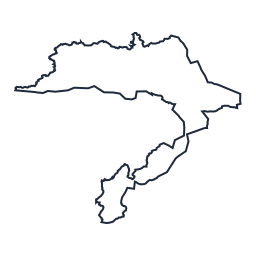 outline of Ulaanxus, Bayan-Ölgiy, Mongolia
{"feature_id": "93677404B94457736933818", "entity_name": "Ulaanxus", "entity_type": "district", "adm_level": 2, "iso_a3": "MNG", "parent_name": "Mongolia", "parent_adm1": "Bayan-Ölgiy", "projection": "natural_earth1", "projection_center": [88.684, 48.89], "detail": "fine", "context": "isolated", "style": "outline", "palette": "slate", "viewbox_px": 256, "rotation_deg": 0, "n_neighbors": 0, "source": "geoboundaries", "source_scale": "gbopen_adm2", "svg_char_len": 5723}
<svg xmlns="http://www.w3.org/2000/svg" viewBox="0 0 256 256"><path d="M197.5,61.2L190.8,63.1L187.1,56.0L187.2,49.7L183.3,43.4L180.5,40.8L178.4,37.5L171.2,35.6L169.7,37.0L169.7,38.1L168.4,38.7L167.4,38.9L166.6,38.7L164.5,38.9L163.9,40.3L163.1,41.2L159.8,41.6L159.4,42.4L155.9,43.5L152.3,43.5L151.3,42.9L149.3,44.1L148.4,46.0L147.3,45.4L144.8,46.7L143.5,46.4L143.5,45.9L142.4,43.7L142.5,43.1L143.5,42.2L143.1,41.4L142.8,41.0L141.3,40.4L140.9,39.9L139.9,39.7L139.7,38.9L139.3,38.5L139.4,37.6L140.1,37.1L140.0,36.3L139.5,35.3L138.8,34.8L137.2,34.9L137.0,34.7L136.6,33.4L136.1,33.0L134.7,33.0L132.6,34.5L133.6,35.3L133.7,35.9L133.4,37.0L134.0,38.3L133.9,39.1L133.4,40.2L133.5,40.8L133.2,41.3L132.6,41.6L131.0,41.8L130.8,42.7L133.1,43.2L133.1,44.0L134.6,44.7L132.3,46.1L130.7,45.8L131.0,46.1L131.7,46.2L132.4,47.6L131.5,47.8L130.2,49.3L129.5,49.4L128.1,49.1L127.6,48.8L127.5,48.1L126.7,47.5L126.6,47.2L126.0,47.0L123.7,47.1L122.7,47.6L119.7,46.7L119.3,47.0L119.4,47.4L118.5,48.3L118.0,48.4L116.7,47.6L115.6,47.9L114.5,46.9L112.1,46.6L111.7,46.2L111.0,46.2L110.6,45.1L109.7,44.1L108.8,43.7L107.4,42.6L106.2,42.2L106.0,41.7L105.0,41.6L103.7,42.1L103.3,41.6L103.2,41.0L102.5,40.8L99.3,41.9L98.8,42.5L97.9,43.0L97.5,43.7L94.1,43.1L93.3,43.3L91.3,45.3L87.9,45.5L85.9,45.3L84.6,45.4L84.2,44.5L83.3,43.9L83.2,43.3L81.4,42.4L80.9,41.7L80.9,42.1L79.9,43.0L78.6,43.2L78.3,43.6L77.1,43.7L76.4,43.6L76.2,42.7L74.9,42.5L74.6,42.0L73.9,41.9L72.9,42.6L72.5,42.6L72.6,43.2L72.0,43.7L71.6,44.7L69.5,45.3L69.2,45.3L68.0,44.6L66.0,44.1L65.5,43.7L64.1,44.2L63.7,44.0L62.6,44.8L62.3,44.8L62.0,44.3L60.9,44.1L60.2,45.0L58.3,46.1L57.2,47.4L56.5,47.8L55.5,47.8L54.6,49.0L54.7,49.8L55.7,49.9L56.1,50.5L56.1,51.9L56.8,53.0L56.4,53.4L55.3,53.4L54.6,54.2L53.3,54.3L49.4,56.7L49.5,57.2L49.2,57.8L49.2,58.2L50.0,58.6L49.8,58.8L50.1,59.3L51.6,59.6L52.2,60.1L54.0,60.7L53.9,61.6L54.6,62.2L54.5,63.2L54.6,63.8L53.4,64.3L54.6,65.0L55.1,65.7L55.1,66.2L54.6,67.0L53.8,67.2L54.7,68.5L54.3,69.7L55.1,70.1L54.9,70.7L53.3,71.5L52.8,72.2L50.2,72.6L49.9,73.4L48.1,75.8L45.7,75.9L45.2,75.4L45.3,75.1L43.2,75.2L42.1,75.6L42.0,75.8L42.0,76.4L42.3,76.6L42.6,77.7L42.4,78.0L39.2,79.3L38.1,80.0L38.1,80.5L38.4,80.8L37.7,81.1L36.9,82.4L36.2,82.5L36.2,83.2L36.5,83.7L34.8,86.2L33.6,85.7L32.3,86.0L31.3,85.8L30.4,86.5L28.8,86.5L28.5,86.7L28.3,87.2L27.3,87.6L25.5,87.0L24.2,87.1L23.2,87.7L22.2,87.8L20.7,86.9L19.6,87.2L16.5,86.9L15.5,88.0L16.1,88.6L15.6,90.0L15.4,90.3L35.6,92.1L36.3,92.4L43.0,93.0L47.8,91.0L55.4,91.7L68.1,90.3L74.2,87.7L88.1,88.3L94.3,86.1L104.0,92.3L113.2,92.5L119.9,93.6L125.2,98.7L131.8,99.4L135.6,98.0L136.7,91.5L146.1,91.3L152.0,94.8L151.9,93.3L153.7,94.3L157.9,95.5L160.7,95.6L161.8,96.3L162.3,96.9L162.5,98.0L162.0,99.0L162.0,99.4L163.3,99.8L163.9,100.5L166.2,102.0L167.9,102.2L168.6,103.1L169.6,102.5L170.2,102.6L171.2,103.2L171.6,103.7L173.4,104.2L175.0,104.2L172.4,109.6L178.6,115.7L179.5,117.2L183.8,121.9L184.3,127.5L184.0,135.6L174.9,140.1L172.6,148.0L168.7,145.5L163.6,143.1L159.7,144.7L159.6,146.1L158.1,147.0L156.7,148.1L156.6,148.8L155.8,149.9L154.0,150.1L152.0,150.9L151.8,151.2L151.9,152.2L151.3,153.1L150.9,153.4L149.4,153.4L148.8,154.2L149.0,154.8L148.5,155.8L147.3,156.4L146.9,159.4L146.5,160.1L146.8,161.0L147.0,161.2L146.9,162.1L147.3,162.8L147.3,163.6L146.3,165.2L146.5,166.6L143.7,166.5L142.2,167.9L140.4,168.8L138.0,169.4L135.2,169.7L135.4,170.9L132.5,174.2L132.6,174.9L133.0,175.4L134.5,176.3L134.5,177.0L133.9,178.0L133.0,179.0L132.2,179.2L131.8,178.7L130.7,178.1L129.0,177.9L127.5,176.6L127.7,175.8L128.4,175.2L128.3,174.5L128.5,173.9L128.3,173.4L128.6,172.1L129.2,170.7L128.9,169.7L129.0,168.6L128.4,167.8L127.9,166.3L127.2,165.1L126.1,165.0L124.8,164.0L124.5,164.1L123.6,165.9L122.2,166.3L121.0,167.6L120.8,168.2L120.1,168.8L119.9,169.4L119.6,169.5L119.8,169.2L118.9,169.8L118.4,170.8L117.7,170.9L117.7,172.0L117.4,172.8L115.9,173.6L115.0,174.7L114.4,175.3L113.7,177.5L113.1,177.9L112.5,178.6L111.9,178.6L112.7,177.1L112.5,176.9L111.7,178.0L111.6,178.6L109.3,179.9L106.2,180.2L105.7,179.9L105.9,179.7L105.7,179.5L104.9,180.3L104.3,180.1L104.2,179.7L103.9,180.1L104.4,180.5L103.5,180.9L102.9,181.0L101.8,180.5L101.5,181.9L102.0,182.8L102.0,187.0L102.5,188.0L102.1,189.1L102.2,189.5L103.3,190.6L103.4,192.2L102.4,194.2L100.7,196.2L99.2,197.2L97.0,199.2L96.1,199.4L96.1,202.6L97.0,201.7L97.9,202.4L99.6,202.5L99.0,204.3L99.1,204.7L100.0,204.8L100.2,205.4L100.8,205.8L101.7,205.6L103.1,206.3L103.2,207.0L103.5,207.5L103.0,209.1L101.8,210.9L100.9,211.6L100.4,213.1L99.0,215.2L100.9,217.5L101.5,217.8L101.6,218.8L102.5,219.4L102.2,220.2L102.2,220.8L101.5,222.1L106.2,223.0L109.1,222.8L111.2,222.1L111.9,222.2L112.2,221.9L113.3,221.5L116.0,218.8L117.3,218.7L118.1,218.3L118.7,217.5L120.6,217.5L122.3,216.6L123.6,216.6L123.7,216.1L123.4,216.0L123.7,215.6L123.8,214.9L123.1,214.1L122.9,213.0L124.8,210.8L126.0,210.4L126.3,208.2L126.0,207.2L125.7,206.7L124.5,206.0L123.5,206.0L121.8,204.7L121.7,204.5L122.0,204.4L121.1,202.9L121.3,202.3L121.2,201.2L122.1,197.3L125.3,192.3L127.4,187.8L134.0,188.8L134.9,181.6L136.2,182.1L138.2,183.6L140.6,184.3L144.2,184.1L145.7,183.5L147.1,182.0L149.0,180.4L149.9,180.0L151.5,180.3L154.6,179.3L154.7,178.9L156.5,178.2L158.3,176.4L166.9,172.2L175.7,158.4L178.5,156.1L185.8,151.2L188.5,141.4L187.0,134.3L204.4,128.1L207.1,128.0L206.9,126.7L207.1,126.2L207.2,125.1L207.6,124.3L207.7,123.6L207.5,122.5L208.2,119.0L202.2,111.4L204.6,111.1L207.4,111.7L210.3,111.4L213.6,111.5L215.6,111.2L217.2,110.3L219.0,108.9L221.9,107.9L222.1,106.3L224.5,105.7L228.4,105.8L230.2,106.9L233.4,107.3L234.9,107.2L235.8,107.8L237.2,108.1L236.9,104.8L240.6,103.8L240.1,101.1L240.3,93.9L217.5,84.5L214.1,83.9L211.8,82.6L207.8,82.3L205.2,76.1L201.2,69.6L200.5,67.6L197.5,61.2Z" fill="none" stroke="#1e293b" stroke-width="2"/></svg>